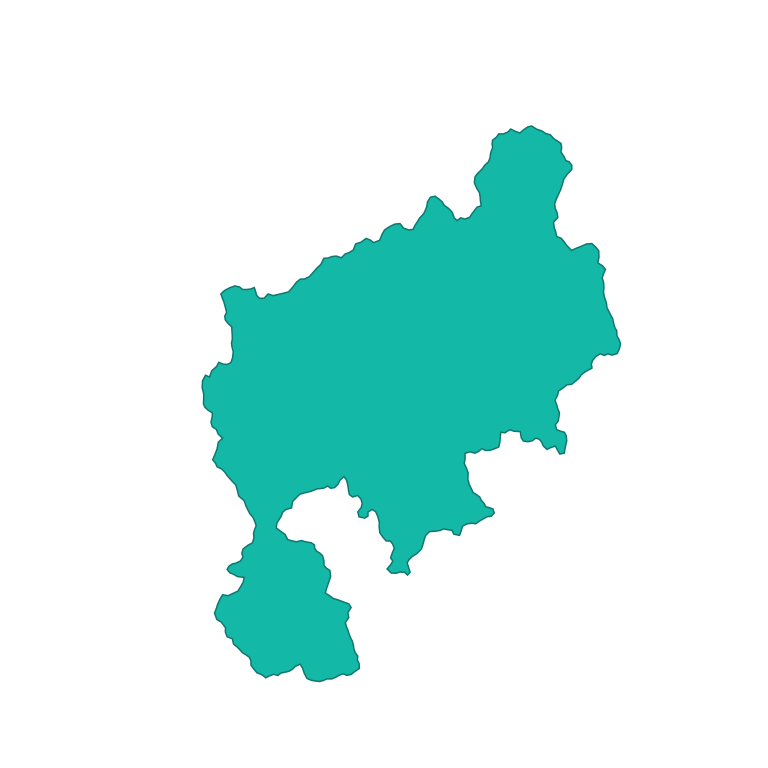 outline of Muriaé, Minas Gerais, Brazil, rotated 224°
{"feature_id": "56859067B59744143145947", "entity_name": "Muriaé", "entity_type": "district", "adm_level": 2, "iso_a3": "BRA", "parent_name": "Brazil", "parent_adm1": "Minas Gerais", "projection": "robinson", "projection_center": [-42.437, -21.086], "detail": "fine", "context": "isolated", "style": "filled", "palette": "teal", "viewbox_px": 768, "rotation_deg": 224, "n_neighbors": 0, "source": "geoboundaries", "source_scale": "gbopen_adm2", "svg_char_len": 6018}
<svg xmlns="http://www.w3.org/2000/svg" viewBox="0 0 768 768"><g transform="rotate(224 384 384)"><path d="M480.4,550.6L479.2,545.2L476.5,541.4L475.0,537.8L473.7,533.7L473.7,528.2L472.8,524.4L471.9,519.6L470.5,515.4L473.2,512.0L478.3,509.7L483.9,510.5L487.4,506.4L489.5,500.6L490.6,495.0L489.3,490.2L487.0,484.3L489.7,478.5L493.9,478.0L498.0,476.3L499.0,470.2L501.7,465.1L499.2,459.1L500.4,454.2L502.3,450.3L502.3,445.2L507.2,442.9L510.1,439.4L511.7,435.8L514.6,432.6L512.5,426.1L512.8,420.2L512.5,414.8L512.3,409.3L514.1,404.3L517.0,401.4L517.7,396.7L517.0,390.8L516.6,384.1L519.0,380.1L522.1,375.3L525.2,370.5L529.9,368.3L529.8,362.5L533.0,359.2L537.2,359.3L540.5,361.3L544.3,363.3L545.9,359.7L548.6,356.4L551.5,353.7L555.2,353.5L559.4,351.0L561.9,345.9L563.7,340.4L563.9,335.4L559.9,333.5L556.2,331.8L551.6,329.1L547.0,326.2L545.7,322.2L542.8,319.9L538.4,319.2L533.4,319.4L530.4,316.7L527.2,313.8L524.3,310.9L521.9,307.3L518.8,304.9L515.0,302.6L511.2,297.8L509.0,293.0L510.5,289.0L513.7,286.5L517.9,284.8L516.6,280.4L517.1,273.9L514.4,267.8L518.5,266.3L516.6,260.0L512.1,254.9L508.9,253.0L506.1,251.0L503.2,247.8L500.1,244.3L496.5,242.8L491.9,243.0L487.4,244.0L484.9,241.2L481.9,236.3L477.8,234.0L473.1,234.9L468.5,232.8L462.6,232.9L462.7,226.9L459.0,221.4L456.7,216.0L454.6,210.5L450.3,210.0L446.5,208.5L441.7,210.1L437.2,210.0L433.2,209.2L426.6,208.6L420.5,208.4L415.2,205.4L410.7,202.5L406.9,202.7L403.4,202.9L399.0,200.6L394.8,199.0L390.4,197.5L385.9,197.1L381.7,195.5L377.4,193.2L376.1,189.6L374.1,185.9L370.7,183.0L368.3,178.3L369.9,173.3L370.8,167.4L368.6,163.4L365.2,161.5L364.3,156.9L366.1,152.3L368.1,149.1L369.0,145.4L368.0,141.6L363.6,141.1L360.1,142.6L355.6,143.7L350.3,147.7L347.6,143.6L346.5,139.2L345.2,133.6L347.6,127.4L349.1,123.4L353.7,120.3L352.5,115.2L350.7,110.1L348.8,106.3L346.8,101.5L340.8,98.5L335.9,99.6L332.1,99.2L328.6,98.5L325.9,95.4L321.3,93.2L316.0,95.4L311.6,92.4L306.7,92.8L302.5,92.7L299.2,92.3L295.8,93.2L291.0,93.9L287.3,92.3L284.3,89.3L279.7,88.5L274.8,88.0L269.7,90.1L265.0,90.5L263.7,94.3L261.7,98.5L257.9,100.6L257.3,104.5L254.8,108.2L252.8,111.3L251.7,115.1L251.7,119.1L249.7,124.2L245.2,123.1L240.6,120.6L234.8,118.7L230.4,120.4L227.0,122.7L223.5,125.4L221.6,128.8L220.1,132.4L216.9,135.3L215.2,138.9L213.9,143.3L212.1,147.2L208.4,148.6L205.9,152.1L205.3,156.7L204.1,162.2L207.7,165.6L211.5,167.0L213.8,170.0L217.9,170.7L221.3,172.3L225.0,175.2L228.4,177.1L231.7,178.2L235.2,179.8L239.0,181.9L242.5,183.4L246.1,185.5L247.1,191.5L251.2,194.5L252.4,200.4L256.6,201.4L261.0,199.4L266.6,197.0L271.5,194.5L276.3,193.9L281.0,192.8L283.5,197.5L285.7,202.2L288.6,208.4L293.4,212.3L297.7,211.5L301.1,211.7L304.6,215.3L309.0,217.8L312.6,217.8L316.2,217.0L319.6,217.6L322.3,219.9L326.0,219.3L330.8,216.0L334.7,214.0L337.4,209.7L341.8,206.9L345.4,205.2L350.6,207.1L356.6,206.2L361.4,205.6L364.3,209.2L365.2,213.2L366.1,217.5L367.8,221.2L367.4,225.6L364.4,230.6L368.1,235.9L368.1,241.1L368.0,246.3L365.2,251.0L361.9,256.2L359.4,261.9L355.1,267.1L353.6,271.5L349.9,272.0L347.6,275.1L347.4,279.8L348.8,284.1L348.5,289.5L344.7,289.0L341.5,287.2L338.6,285.2L335.5,282.7L332.1,280.4L328.1,280.9L325.4,285.6L320.6,285.2L316.7,282.9L314.5,279.1L314.0,273.8L309.7,271.1L304.8,274.1L303.7,277.7L306.6,280.9L305.3,285.6L301.2,286.3L296.5,284.4L291.5,281.4L288.1,277.7L283.7,274.1L278.3,273.0L273.4,272.6L270.3,275.4L266.6,274.9L262.5,273.0L260.6,268.0L258.4,263.4L254.7,262.8L253.7,258.8L253.3,253.1L247.6,253.0L244.1,256.0L241.7,260.0L238.3,262.9L234.3,262.9L234.5,266.8L239.0,269.2L243.2,271.5L244.0,275.4L243.8,279.7L242.5,285.0L242.5,291.5L244.8,296.1L247.0,300.1L248.8,303.9L248.7,309.4L245.0,313.6L241.9,317.6L240.3,321.4L236.8,323.5L233.6,325.9L229.4,324.5L224.5,327.6L226.3,331.6L228.8,336.5L227.0,341.2L224.3,344.7L221.0,347.1L220.2,351.1L219.0,355.7L217.6,360.2L215.0,363.3L215.1,367.8L218.8,369.8L222.2,368.3L225.6,366.3L228.8,367.6L233.1,367.9L236.6,369.2L240.7,368.7L244.5,367.8L248.0,369.2L252.8,370.9L257.6,373.8L261.7,378.5L266.4,380.8L271.0,382.5L274.0,386.9L277.6,390.4L274.9,395.1L270.5,397.4L269.2,401.0L268.6,405.7L265.0,406.5L261.6,410.0L259.2,414.8L257.7,418.4L260.6,423.2L264.0,427.2L266.5,430.4L263.1,432.9L261.9,438.3L257.6,440.4L252.9,444.4L248.0,440.7L244.1,439.8L240.3,442.5L237.9,446.2L237.2,450.5L233.9,452.1L230.3,451.7L226.4,450.1L221.4,450.1L219.6,454.7L217.6,458.4L213.5,457.0L208.9,455.7L206.3,459.5L209.9,464.8L213.0,470.0L217.0,473.4L220.7,474.6L224.2,472.7L228.1,471.1L232.5,473.8L232.8,478.0L234.9,481.3L237.8,485.2L241.6,486.8L245.6,489.1L249.7,491.1L251.4,496.6L253.6,500.2L252.4,505.9L251.8,510.7L248.9,513.9L248.1,519.8L247.8,523.7L248.5,527.8L247.6,533.2L245.4,539.9L248.7,542.4L250.3,545.8L250.7,551.1L249.4,555.9L245.4,557.6L243.9,561.2L240.0,563.2L237.4,567.9L239.3,573.1L241.7,577.1L245.1,579.0L250.0,580.5L253.6,584.0L257.0,584.9L260.2,586.7L264.6,589.7L268.9,591.1L272.3,592.3L276.5,593.7L280.6,597.0L285.7,599.6L289.9,602.5L292.7,606.1L296.6,609.6L300.7,611.9L302.5,615.5L304.3,620.3L309.0,620.8L314.3,619.7L317.5,624.6L322.1,629.0L326.8,629.6L332.1,629.4L335.6,625.4L337.8,619.9L339.9,615.5L341.8,610.5L345.9,610.5L349.8,610.7L354.1,611.6L357.8,611.9L362.3,610.1L366.3,612.8L370.2,614.7L374.5,618.3L374.5,624.4L378.2,627.3L382.8,629.3L386.4,632.1L388.3,636.3L390.3,641.8L391.9,646.4L394.0,650.8L397.0,656.4L397.9,661.9L397.9,668.6L400.8,671.8L405.1,672.5L408.4,671.0L412.1,672.5L418.0,673.9L420.4,677.5L423.9,680.0L427.9,679.3L432.3,678.4L437.5,678.8L441.5,676.6L446.6,675.6L451.2,673.3L457.0,672.2L459.1,669.0L460.1,664.2L460.6,659.0L465.2,656.9L470.0,655.4L469.9,651.3L471.9,646.8L475.2,643.7L474.6,639.7L475.3,634.8L473.0,631.7L470.1,629.6L468.1,624.8L464.6,619.9L463.2,616.2L463.5,611.3L462.7,606.4L462.9,601.4L462.6,596.6L458.8,591.5L453.0,589.1L448.4,588.0L445.0,585.5L441.6,582.5L437.9,579.8L439.9,575.8L439.5,571.9L439.0,567.5L438.2,563.5L440.4,558.8L444.2,556.9L445.0,552.3L448.9,552.3L454.1,554.9L459.2,555.2L465.0,554.4L468.8,555.5L472.3,555.3L477.7,554.6L480.4,550.6Z" fill="#14b8a6" stroke="#0f766e" stroke-width="1.5"/></g></svg>